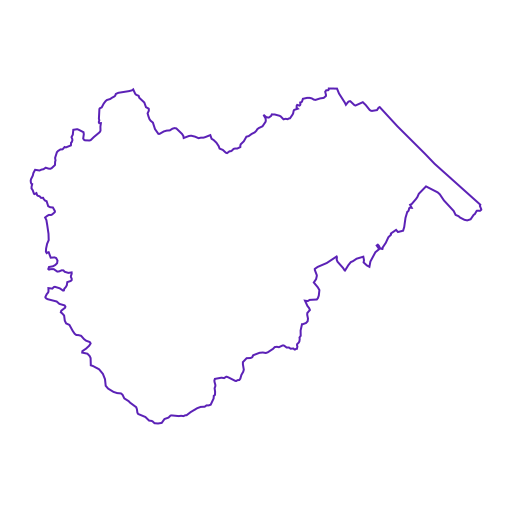 outline of Quang Ninh, Quảng Bình, Vietnam
{"feature_id": "81297802B18152468964479", "entity_name": "Quang Ninh", "entity_type": "district", "adm_level": 2, "iso_a3": "VNM", "parent_name": "Vietnam", "parent_adm1": "Quảng Bình", "projection": "albers", "projection_center": [106.503, 17.253], "detail": "fine", "context": "isolated", "style": "outline", "palette": "violet", "viewbox_px": 512, "rotation_deg": 0, "n_neighbors": 0, "source": "geoboundaries", "source_scale": "gbopen_adm2", "svg_char_len": 5932}
<svg xmlns="http://www.w3.org/2000/svg" viewBox="0 0 512 512"><path d="M45.1,217.5L46.4,220.1L47.2,224.9L48.5,233.8L48.7,240.1L47.1,243.8L46.1,248.5L45.9,251.7L46.7,253.1L48.2,252.2L48.7,252.2L50.7,257.7L54.5,257.4L56.2,258.1L57.5,260.6L57.1,263.2L55.3,265.0L52.9,266.3L49.0,267.0L48.3,269.0L49.0,269.6L50.9,269.1L53.7,269.1L57.3,271.6L59.1,271.4L61.7,270.3L63.4,270.4L64.7,271.8L68.4,272.9L71.6,272.4L71.7,273.7L70.9,276.0L70.9,277.0L71.7,278.7L71.7,280.0L70.7,281.0L67.3,282.1L66.8,285.3L65.7,287.2L64.3,288.7L63.9,290.4L63.1,290.6L59.7,288.3L54.9,286.8L53.8,287.1L52.3,288.6L48.4,288.1L48.5,291.1L48.2,292.4L46.7,294.2L45.4,296.9L45.4,297.5L46.3,298.5L47.7,299.2L56.7,301.5L59.4,303.9L64.6,305.4L65.4,306.6L65.1,307.7L61.3,310.7L60.8,312.3L62.1,313.3L64.1,315.5L64.8,320.7L66.1,323.4L69.4,324.9L72.7,330.9L74.7,333.8L76.3,335.0L78.4,335.1L81.1,335.8L84.0,339.1L86.1,340.7L89.4,341.9L90.1,342.4L90.6,343.5L89.2,345.7L86.1,348.6L82.4,351.1L82.2,352.6L87.4,353.7L88.3,354.6L89.7,356.1L90.6,358.1L90.8,365.3L92.9,366.0L99.1,369.3L102.9,373.9L105.0,379.2L105.7,385.8L108.1,388.6L113.5,391.9L117.2,393.1L120.9,393.4L122.5,394.7L124.3,398.4L128.7,401.2L130.0,402.6L136.2,407.2L136.9,409.2L137.4,412.7L138.2,414.0L145.4,417.0L149.1,420.6L151.5,420.9L152.5,421.3L154.5,423.2L158.0,423.5L161.7,422.9L164.5,419.0L168.5,417.6L170.5,415.6L171.6,415.4L178.8,416.1L181.1,415.8L183.5,416.1L185.2,415.3L186.6,415.2L190.8,412.0L197.2,408.2L200.7,406.9L204.7,406.7L206.5,405.4L208.7,405.4L210.7,404.7L213.6,398.5L213.8,395.8L214.8,395.1L215.0,394.6L215.1,391.8L214.6,388.2L215.3,386.3L215.4,385.1L214.5,381.8L214.4,380.4L214.9,378.9L221.4,377.7L224.1,378.1L226.1,376.8L226.6,376.7L228.4,377.4L235.3,380.9L236.2,381.0L237.5,380.2L239.3,380.0L240.3,378.7L241.4,374.9L243.2,371.8L243.8,369.7L242.9,364.3L242.9,362.1L246.6,358.2L250.6,358.0L252.1,357.3L252.7,356.5L252.9,355.5L253.3,355.2L259.5,352.8L262.8,352.5L265.8,353.0L267.8,352.3L273.1,348.8L274.7,347.1L276.9,346.8L278.9,347.2L282.5,345.5L283.3,345.4L284.2,345.7L286.6,347.5L288.9,347.5L290.6,348.7L293.4,348.5L294.5,349.5L295.1,349.5L296.0,348.9L296.9,348.8L297.4,346.5L297.0,345.2L297.1,344.2L298.8,342.5L299.4,341.3L299.7,339.1L299.5,337.5L300.7,335.8L300.6,330.5L302.0,324.2L302.8,324.2L306.0,323.0L307.6,321.3L308.0,318.7L307.2,314.8L307.3,313.0L309.9,310.0L309.1,308.1L307.4,305.9L305.0,300.7L307.7,301.1L309.7,299.9L316.8,299.5L317.9,298.1L318.8,295.5L319.4,290.1L317.8,287.3L313.8,282.5L316.1,279.1L316.8,276.0L316.8,275.2L314.8,269.9L314.8,268.9L317.7,266.9L326.8,263.0L336.6,256.5L336.9,257.1L336.7,259.7L337.5,261.7L343.0,267.9L344.7,270.5L345.0,270.6L348.3,265.2L350.8,262.1L352.9,261.2L356.6,258.7L363.3,256.7L364.0,260.2L363.6,262.4L366.8,265.4L369.4,266.8L370.4,261.5L375.4,252.2L379.2,249.1L376.7,245.5L377.8,244.7L378.8,245.7L380.2,248.5L382.4,249.0L382.6,248.8L382.4,247.9L385.8,242.8L388.4,237.2L391.0,234.7L390.9,233.5L396.1,229.9L397.9,232.0L403.1,230.7L404.2,227.1L405.5,217.8L407.3,211.8L407.9,211.5L408.6,210.6L409.2,208.2L409.8,207.7L411.7,207.8L410.1,204.8L411.7,204.0L416.0,199.0L417.4,197.0L418.8,193.8L426.0,186.4L437.7,192.4L439.8,194.3L443.9,200.4L453.7,211.0L455.6,214.9L458.6,216.2L460.0,217.5L464.4,219.8L467.2,220.4L470.6,219.3L473.7,214.8L474.8,214.1L476.6,211.0L477.0,210.7L480.0,210.8L481.2,209.8L481.3,209.4L479.9,205.9L480.3,204.7L434.6,163.8L424.7,153.5L397.4,126.3L379.7,107.1L378.6,107.7L377.0,110.1L372.1,110.9L371.1,110.8L369.7,110.0L365.7,105.0L362.8,102.2L355.5,105.5L354.4,105.1L350.3,101.2L349.2,101.3L348.1,102.0L345.9,104.8L344.8,102.6L339.0,93.5L337.0,88.6L328.8,88.5L328.7,89.6L328.2,90.2L326.2,90.3L325.2,91.8L326.0,95.0L325.9,96.0L323.7,97.9L320.2,98.4L315.5,99.9L313.8,99.6L311.8,98.4L309.8,97.9L306.9,97.9L302.9,98.8L302.0,101.6L301.3,102.2L300.2,102.5L300.4,104.3L300.1,105.1L299.5,105.6L297.2,104.9L296.7,105.7L296.6,107.6L297.8,108.7L294.2,109.9L293.7,110.7L293.1,113.5L292.6,114.5L290.0,118.3L288.5,118.6L287.7,119.2L285.6,118.8L283.5,119.3L280.7,116.4L279.6,115.8L274.8,114.5L271.8,114.4L271.2,115.8L269.1,117.4L268.3,117.6L266.2,117.1L263.5,114.8L265.6,118.5L265.8,120.8L265.5,121.9L262.5,126.3L258.7,128.1L257.2,129.3L256.4,130.7L254.7,132.4L251.7,133.9L248.7,136.1L246.4,136.7L243.8,141.3L240.7,144.3L240.4,145.2L240.3,147.1L237.3,148.5L235.2,148.5L233.6,148.9L231.8,150.7L230.9,151.2L229.5,151.3L227.1,153.1L226.2,152.9L225.4,152.3L222.8,149.9L219.6,148.6L218.6,146.0L216.4,142.7L213.6,140.0L211.6,138.8L210.3,135.1L205.3,137.1L203.3,137.7L200.7,137.7L198.6,138.2L194.9,136.6L191.1,135.7L188.9,136.0L183.7,138.0L183.3,135.9L182.0,133.9L176.3,128.4L174.5,128.1L172.4,128.7L169.8,130.4L166.7,130.6L165.0,131.1L163.9,131.4L159.5,133.9L158.4,133.9L155.0,129.1L152.9,122.6L150.7,120.8L149.5,119.2L148.4,116.2L147.6,113.3L148.8,110.8L148.8,108.9L148.5,108.5L146.0,107.2L144.3,102.5L139.3,97.8L138.6,95.8L136.2,94.8L135.2,93.8L133.2,89.4L132.1,90.3L129.1,91.1L118.4,92.8L117.2,93.3L115.8,94.0L115.2,95.7L114.3,96.5L111.9,97.8L110.2,99.0L106.9,100.0L105.6,101.1L103.7,103.6L101.7,107.4L99.8,108.3L99.4,109.0L98.9,118.8L99.3,120.2L98.8,122.1L99.2,123.1L100.9,123.1L100.4,126.6L100.5,130.5L100.1,131.6L99.2,132.6L93.9,137.0L90.7,140.1L89.5,140.5L84.9,140.3L83.9,139.7L83.2,138.5L83.8,134.2L83.5,132.2L78.6,129.7L77.2,129.2L73.3,129.8L72.8,134.7L71.5,137.1L72.3,139.1L72.4,140.3L71.7,142.2L71.1,142.6L70.9,145.4L65.9,147.4L64.6,147.0L62.8,149.1L62.2,149.4L60.5,149.4L58.0,151.0L56.9,152.2L55.1,157.9L55.5,160.4L55.1,161.8L55.0,164.9L54.6,165.4L51.6,168.2L50.2,168.8L48.5,168.6L45.7,167.7L43.5,169.2L41.5,169.6L39.5,170.5L35.1,169.8L33.4,173.0L32.8,175.6L31.0,179.2L30.7,180.8L30.9,182.5L31.3,183.6L32.2,184.1L31.6,186.5L31.5,188.4L32.7,190.2L34.0,193.8L34.6,194.1L36.4,193.1L37.2,195.3L37.7,195.7L39.6,196.3L41.1,197.9L43.1,197.8L43.7,199.1L45.1,200.6L46.6,201.2L48.2,206.2L50.1,207.2L52.9,207.5L54.9,211.1L54.9,211.9L54.3,212.6L52.1,214.5L51.0,215.0L49.0,214.9L47.6,215.6L45.1,217.5Z" fill="none" stroke="#5b21b6" stroke-width="2"/></svg>